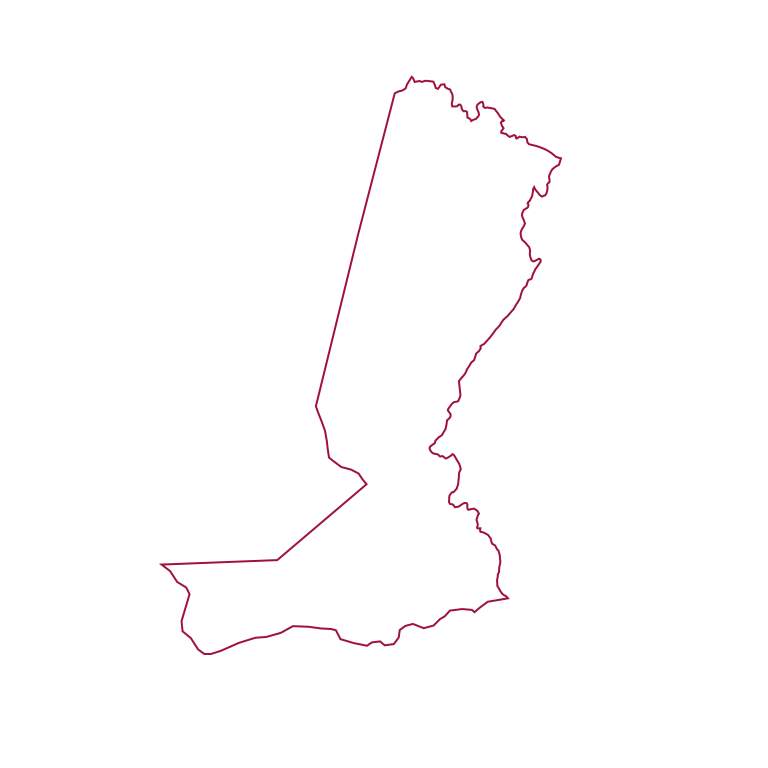 Ayene, Wele-Nzás, Equatorial Guinea (Robinson projection), rotated 194°
{"feature_id": "11065452B61336086634219", "entity_name": "Ayene", "entity_type": "district", "adm_level": 2, "iso_a3": "GNQ", "parent_name": "Equatorial Guinea", "parent_adm1": "Wele-Nzás", "projection": "robinson", "projection_center": [10.614, 1.791], "detail": "fine", "context": "isolated", "style": "outline", "palette": "rose", "viewbox_px": 768, "rotation_deg": 194, "n_neighbors": 0, "source": "geoboundaries", "source_scale": "gbopen_adm2", "svg_char_len": 4959}
<svg xmlns="http://www.w3.org/2000/svg" viewBox="0 0 768 768"><g transform="rotate(194 384 384)"><path d="M443.3,669.3L443.9,668.5L445.3,523.3L444.7,345.9L440.9,340.2L435.2,332.2L429.9,324.3L425.6,314.6L423.0,307.6L419.6,299.4L414.6,297.0L405.3,293.1L395.4,293.0L387.0,291.0L381.9,286.4L376.7,282.5L445.0,187.3L556.1,155.0L546.3,150.7L536.8,141.9L526.7,138.7L521.8,133.0L523.1,105.0L519.6,95.3L509.9,90.7L500.2,81.5L493.1,78.6L486.7,80.1L477.8,85.6L462.3,97.6L447.4,106.7L437.2,110.0L423.9,117.6L413.8,127.0L398.5,130.2L385.7,131.6L376.0,133.5L371.1,133.4L364.5,125.9L350.6,125.3L339.9,125.8L337.2,125.9L333.3,130.3L325.5,133.3L320.1,130.6L311.6,134.0L308.4,141.5L309.2,149.1L304.8,154.4L297.9,158.2L286.3,156.7L277.4,161.7L272.8,169.4L268.8,173.4L265.2,180.1L262.8,181.0L262.5,181.1L253.9,184.5L244.1,186.1L241.0,184.5L236.9,190.2L230.7,197.8L211.9,206.0L213.0,206.8L214.0,207.5L217.8,208.6L220.6,210.8L223.6,214.0L225.3,215.6L225.6,217.2L226.9,221.0L226.9,223.5L227.5,227.3L226.9,229.2L227.8,234.0L228.0,239.4L229.4,243.2L230.3,246.0L232.5,249.8L234.4,251.1L237.2,254.2L240.6,255.3L242.4,258.3L243.1,259.9L246.5,262.7L250.6,263.8L252.7,264.1L254.6,263.9L255.5,265.6L255.6,267.3L258.2,266.6L258.9,267.0L258.9,270.1L260.4,273.1L261.2,274.1L261.4,274.9L261.1,279.6L260.5,281.2L262.6,283.4L265.2,284.5L266.5,284.9L268.0,284.2L269.4,283.6L271.4,282.4L272.5,282.7L273.2,284.2L273.7,285.9L274.0,287.3L274.8,288.3L276.4,288.3L278.0,287.4L279.0,286.5L280.0,285.2L282.1,283.0L285.2,281.6L286.9,283.0L288.4,283.8L290.8,283.6L292.3,285.0L293.5,291.1L292.7,293.7L291.7,295.5L290.4,295.8L288.0,300.3L288.1,301.7L287.9,303.1L287.8,304.4L288.9,311.9L289.6,315.7L289.4,317.7L288.9,320.1L291.6,324.6L293.6,326.6L294.9,327.8L296.7,329.8L299.3,332.3L300.7,332.4L301.5,330.9L304.3,328.0L305.8,326.7L306.9,326.9L308.4,327.7L309.8,328.2L311.5,327.4L312.3,327.3L313.6,328.1L314.8,328.7L316.8,328.7L318.8,328.5L320.1,328.8L321.7,329.6L323.9,331.8L324.4,333.8L323.8,334.8L322.3,336.8L320.5,338.7L320.3,339.8L320.4,341.4L318.1,345.4L315.4,348.4L314.4,352.1L313.4,355.1L313.5,359.0L313.9,362.9L314.1,364.0L312.7,365.8L311.7,368.1L311.7,369.2L312.2,370.9L314.5,372.9L315.4,373.5L315.8,374.4L315.6,375.6L313.4,380.9L312.8,382.0L312.0,383.0L310.9,383.7L308.3,384.9L307.7,385.8L307.5,387.5L307.0,391.0L307.6,393.0L312.0,404.9L310.4,408.5L308.5,412.0L307.5,414.9L306.9,418.8L305.6,422.3L304.5,426.0L302.4,428.9L302.1,431.9L302.0,435.8L299.8,438.9L298.8,442.0L299.6,444.0L298.2,445.7L296.6,447.0L292.6,454.5L289.6,461.4L288.7,463.9L287.4,465.9L285.9,468.8L284.8,472.3L283.7,475.1L282.4,477.2L281.0,479.1L280.0,480.9L278.5,483.9L276.4,488.0L275.6,490.7L274.8,493.7L273.9,495.8L273.2,498.5L272.7,500.4L272.8,503.4L272.5,508.0L271.5,511.2L270.4,512.5L269.6,513.9L269.5,515.8L269.4,517.7L269.1,519.7L268.4,520.3L267.2,521.0L266.3,521.8L266.2,524.3L265.9,527.6L265.2,530.1L265.2,531.2L261.6,540.6L262.2,542.6L263.8,543.1L268.1,539.3L269.6,539.1L271.0,540.0L272.5,542.2L273.8,544.7L274.2,546.7L274.3,548.2L275.3,550.4L276.4,552.1L277.7,552.9L279.9,554.5L281.5,555.6L284.8,557.4L286.2,559.2L287.9,563.0L288.0,565.4L287.6,567.7L286.4,571.3L286.0,573.7L288.1,577.0L289.7,578.9L291.1,581.3L291.1,583.5L290.5,586.7L287.6,589.6L287.1,590.7L287.1,592.4L287.6,593.5L288.4,594.0L287.8,595.7L286.7,597.6L286.5,599.0L285.8,601.8L285.9,604.6L286.0,606.2L286.4,609.4L285.9,611.3L284.4,609.4L282.5,608.0L280.9,606.9L278.9,605.2L277.4,604.5L275.8,604.1L274.6,605.4L273.3,605.9L272.5,608.2L272.4,610.5L272.8,614.3L273.7,616.0L273.9,617.1L273.0,619.1L272.3,619.7L272.8,622.3L273.6,623.9L274.1,625.5L274.1,626.9L273.7,627.9L273.6,630.0L272.6,633.1L270.7,635.7L269.5,637.0L267.2,639.1L267.0,643.4L266.9,645.7L266.9,645.8L268.8,645.8L272.1,646.0L274.9,647.4L276.0,647.9L277.3,648.6L279.3,649.2L281.6,650.0L284.4,650.7L288.0,651.2L290.6,651.6L294.4,651.8L301.2,651.7L303.3,653.1L304.6,656.2L306.8,657.8L309.6,656.8L312.3,656.8L314.6,654.3L315.5,654.7L316.3,656.6L318.1,657.0L319.6,655.7L321.9,654.1L325.3,655.6L326.1,656.3L327.6,656.0L331.1,656.2L331.3,657.7L330.7,659.0L329.9,661.2L332.0,663.0L333.8,665.8L333.1,667.6L331.8,668.0L331.4,668.8L333.7,670.0L336.2,671.6L338.4,673.8L343.4,677.7L350.8,677.3L352.7,676.3L354.9,677.3L355.0,678.9L356.6,681.5L358.4,680.8L360.4,678.4L361.2,676.4L361.0,674.7L359.5,672.4L357.9,670.4L357.0,668.4L357.2,666.5L359.0,663.4L361.5,661.8L362.9,660.3L364.5,662.0L367.6,662.8L368.2,665.3L369.5,668.3L371.1,668.5L372.7,667.9L373.9,668.6L375.0,669.8L376.3,672.4L377.7,673.5L379.2,673.1L380.0,671.4L381.7,670.6L385.0,669.9L386.1,672.5L386.2,676.5L387.0,679.9L388.1,682.1L389.4,683.4L391.2,685.8L392.9,685.8L396.4,686.8L397.9,689.4L401.2,688.2L403.1,683.4L405.5,683.8L406.9,686.4L409.2,689.3L415.3,688.6L417.7,688.0L420.2,686.3L422.7,686.6L425.0,685.6L427.3,684.5L428.2,685.8L430.1,688.0L431.4,688.7L434.1,680.4L434.3,679.0L434.4,676.4L436.1,674.3L437.6,673.1L438.5,672.4L440.2,671.7L440.5,671.5L440.8,671.3L442.5,669.8L443.3,669.3Z" fill="none" stroke="#9f1239" stroke-width="2"/></g></svg>